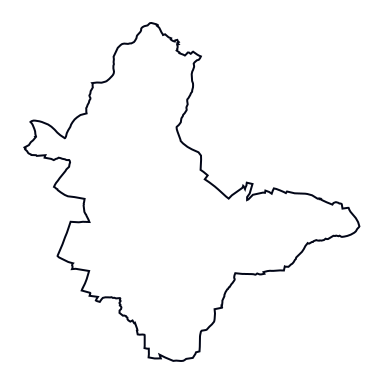 Apoldu De Jos, Sibiu, Romania
{"feature_id": "2599482B80267229477921", "entity_name": "Apoldu De Jos", "entity_type": "district", "adm_level": 2, "iso_a3": "ROU", "parent_name": "Romania", "parent_adm1": "Sibiu", "projection": "natural_earth1", "projection_center": [23.854, 45.907], "detail": "fine", "context": "isolated", "style": "outline", "palette": "ink", "viewbox_px": 384, "rotation_deg": 0, "n_neighbors": 0, "source": "geoboundaries", "source_scale": "gbopen_adm2", "svg_char_len": 5875}
<svg xmlns="http://www.w3.org/2000/svg" viewBox="0 0 384 384"><path d="M355.9,231.3L357.2,229.0L358.9,227.2L359.4,226.4L358.1,222.1L355.8,218.1L350.5,211.8L349.5,210.1L348.6,207.9L347.4,207.9L342.5,208.6L341.8,204.3L341.5,203.9L340.5,203.5L339.3,203.5L338.6,202.9L336.2,202.2L335.6,202.2L333.5,203.0L332.4,204.6L326.7,202.3L322.6,200.4L321.4,199.8L321.4,199.2L320.8,198.7L320.3,198.7L319.8,199.2L319.4,199.2L319.0,198.4L317.6,198.7L312.1,195.3L307.4,194.0L305.2,193.7L294.7,193.3L287.0,191.5L285.9,193.1L283.8,192.0L280.3,190.5L276.4,189.0L273.9,188.4L272.7,190.9L271.7,193.7L269.2,192.0L265.4,190.6L265.0,192.8L263.0,192.6L252.9,194.8L248.4,199.4L247.1,200.0L247.1,197.1L249.7,193.5L252.5,184.0L246.8,182.7L246.5,184.2L246.6,184.9L245.9,186.7L245.5,187.1L245.0,189.1L243.6,186.2L243.2,185.8L243.0,186.6L242.2,188.0L231.9,195.3L228.7,198.6L226.1,196.6L218.3,189.5L214.8,186.5L209.4,182.4L204.8,179.3L207.7,175.4L203.5,171.9L200.6,169.9L201.1,159.7L201.0,155.6L198.5,152.3L192.0,149.4L187.5,146.9L183.1,143.5L180.7,141.0L180.4,139.5L177.5,131.6L176.8,129.3L176.6,127.5L176.7,126.9L179.0,124.8L180.8,122.3L181.3,118.9L181.5,118.2L182.8,116.2L183.2,114.8L184.7,113.2L186.6,110.2L186.7,109.7L186.4,107.8L186.6,106.8L187.7,104.4L187.2,100.9L187.3,99.4L188.3,98.3L190.3,94.9L190.9,93.3L192.1,91.7L192.2,90.3L193.0,87.3L193.1,85.2L193.0,83.4L192.1,80.9L191.7,74.1L192.3,71.4L193.0,70.1L194.1,66.9L194.1,66.0L193.7,63.6L194.6,62.3L196.9,60.3L198.1,60.0L199.0,59.6L200.1,58.1L200.9,56.4L199.2,55.7L197.4,54.7L193.1,51.7L192.3,52.2L191.3,53.4L190.7,53.8L188.9,52.5L187.8,52.5L186.4,54.1L184.9,55.5L183.6,54.8L179.4,53.2L179.6,52.6L179.4,52.4L176.6,50.5L177.4,49.2L177.2,48.5L177.5,48.0L177.7,46.8L177.2,44.8L178.6,44.3L177.3,43.1L178.8,42.1L177.8,41.1L177.3,39.9L175.2,40.4L174.8,41.5L173.3,41.1L172.0,40.4L170.7,39.4L171.2,38.3L168.6,37.3L165.1,34.3L163.0,35.0L162.5,33.8L161.6,32.6L159.5,28.2L158.9,27.4L157.1,25.9L157.7,25.6L157.9,25.3L157.8,25.0L156.1,24.2L152.7,23.3L151.5,23.0L150.1,23.1L149.2,23.8L147.6,25.4L144.3,26.2L142.6,27.1L141.7,27.9L141.2,28.8L141.1,30.4L140.7,31.3L140.2,32.1L137.2,35.4L136.9,36.0L136.4,38.3L134.9,40.9L133.9,42.1L131.3,43.4L130.0,43.4L128.0,43.9L124.2,43.6L122.2,44.0L120.7,45.0L117.8,47.8L113.6,56.7L113.9,59.3L113.6,62.1L113.9,64.2L113.4,65.8L113.4,68.4L114.0,71.6L113.8,73.1L113.2,74.6L112.2,75.9L109.1,79.1L106.5,81.2L105.2,81.7L101.6,82.7L97.0,82.5L92.2,83.1L92.7,83.8L92.6,85.6L92.8,87.5L90.7,91.1L90.3,93.7L89.4,95.4L89.7,96.7L90.4,97.9L90.4,98.9L89.4,100.5L88.8,102.8L87.6,104.9L87.0,106.7L86.2,108.2L86.3,109.1L86.3,111.6L86.6,113.4L80.5,115.0L77.0,117.4L74.6,119.5L72.5,122.3L71.1,124.6L70.3,126.9L68.2,130.3L66.8,133.2L66.0,136.4L65.2,138.0L64.8,138.2L60.3,135.2L57.3,132.6L54.7,129.7L51.4,126.7L48.1,124.5L41.9,122.0L39.4,121.3L35.0,120.6L33.4,120.6L31.5,121.2L30.5,122.0L31.8,123.4L32.7,124.9L34.3,128.8L35.1,131.3L35.4,134.3L36.0,136.5L35.2,136.8L35.6,137.3L33.1,140.3L30.8,142.2L28.9,145.1L24.6,147.4L25.5,148.2L24.9,148.9L25.1,149.3L27.2,151.3L28.1,152.9L28.8,153.5L31.0,154.5L31.3,155.0L36.1,155.2L36.8,155.9L45.4,155.2L45.0,156.1L44.6,157.7L51.2,158.9L53.8,160.1L55.9,158.9L57.4,158.5L58.6,157.7L60.5,158.1L62.3,158.8L65.0,159.3L65.9,159.8L67.0,160.1L69.1,160.0L69.7,160.8L70.1,162.4L69.5,164.3L69.1,166.8L66.4,169.4L65.4,171.1L59.7,178.1L57.8,180.8L56.1,182.9L54.9,184.9L54.0,186.9L55.2,187.6L56.2,188.6L57.4,189.2L57.6,190.0L60.8,192.4L64.7,194.9L67.9,196.3L74.6,197.1L84.6,198.9L84.0,202.5L83.7,203.5L83.9,204.3L83.6,205.4L84.4,211.9L85.5,214.0L86.1,214.6L86.3,215.4L88.4,219.5L89.4,222.0L82.8,221.8L78.8,222.3L70.6,221.8L66.9,232.8L65.0,237.4L62.5,244.3L57.7,255.5L57.6,256.1L59.0,257.4L68.3,262.0L73.0,263.3L72.4,264.0L72.1,265.4L72.5,266.2L72.5,267.9L72.0,269.1L75.7,268.8L89.1,271.0L86.7,279.1L85.0,283.5L82.5,288.5L81.7,290.5L90.0,292.8L90.3,293.1L90.3,293.4L89.6,295.8L97.9,296.9L96.5,299.1L95.9,300.5L97.0,301.1L99.8,301.9L101.4,299.5L102.8,297.9L105.4,297.3L110.3,297.4L111.5,297.2L112.9,297.9L114.4,297.8L116.1,298.4L119.9,298.1L120.2,298.3L120.3,298.6L119.9,300.1L120.6,301.0L120.3,301.7L119.7,302.3L119.5,302.9L119.6,303.6L120.4,304.6L119.9,305.6L120.8,306.2L121.4,307.3L121.1,309.0L119.6,310.5L119.5,312.9L123.0,315.7L124.1,315.5L126.0,316.1L126.2,316.3L126.3,316.9L127.4,317.6L127.5,319.2L128.4,320.4L130.3,321.6L132.5,320.5L134.0,323.0L134.3,323.3L135.0,322.8L137.2,329.1L137.4,330.3L136.9,330.5L137.7,334.4L139.5,334.7L142.6,334.5L144.5,334.8L144.7,335.6L144.7,341.4L144.7,345.9L144.5,348.1L147.2,348.7L148.8,348.7L148.9,354.2L148.6,357.4L154.8,358.5L160.8,358.4L159.6,354.7L165.2,357.5L172.8,360.7L173.3,360.9L176.2,360.6L181.1,361.0L183.2,360.8L184.4,360.2L186.2,358.9L192.8,357.9L195.4,353.9L196.0,352.3L199.5,351.4L199.8,346.9L200.0,336.4L200.2,334.9L200.9,331.7L201.7,330.7L205.9,330.0L206.8,329.6L209.4,326.7L211.9,324.4L214.0,321.8L214.3,321.0L214.6,319.2L215.0,313.5L214.6,309.2L222.0,307.7L222.1,307.4L221.5,306.5L221.9,306.0L221.6,305.4L222.0,305.3L222.1,304.7L222.4,302.3L222.4,300.6L224.4,296.2L224.4,295.0L225.5,292.2L227.3,289.3L227.9,289.1L228.9,287.3L229.5,287.2L231.4,284.2L232.6,282.9L234.5,280.1L234.7,279.4L234.6,278.7L234.2,278.0L234.2,277.0L234.5,275.3L235.3,273.2L242.0,273.9L251.7,274.1L253.4,274.2L255.3,274.7L255.9,274.5L257.2,273.5L259.7,274.4L261.1,274.4L264.4,273.8L263.5,272.1L267.4,271.1L269.8,270.8L273.0,270.9L280.0,270.4L283.9,270.5L284.8,266.4L285.5,266.7L288.5,266.8L291.1,264.4L292.3,263.7L293.6,262.2L295.0,259.8L295.8,259.1L296.2,257.5L296.5,257.2L302.0,251.8L303.8,249.1L305.4,246.0L307.7,243.1L308.2,243.5L309.4,243.5L311.9,242.0L312.9,242.0L313.5,241.2L316.3,240.1L317.0,240.4L318.4,240.6L319.2,240.7L319.8,240.4L321.5,240.6L324.0,240.0L325.6,238.7L327.0,239.1L328.1,239.0L333.4,235.8L335.2,236.0L336.1,235.6L338.5,236.2L339.6,235.7L341.2,236.7L342.0,236.9L344.2,236.6L347.4,235.9L350.9,234.6L354.3,232.7L355.9,231.3Z" fill="none" stroke="#020617" stroke-width="2"/></svg>